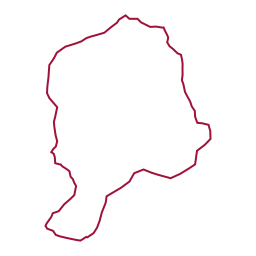 outline of Marathounta, Paphos, Cyprus
{"feature_id": "46923920B14546708520398", "entity_name": "Marathounta", "entity_type": "district", "adm_level": 2, "iso_a3": "CYP", "parent_name": "Cyprus", "parent_adm1": "Paphos", "projection": "orthographic", "projection_center": [32.495, 34.776], "detail": "fine", "context": "isolated", "style": "outline", "palette": "rose", "viewbox_px": 256, "rotation_deg": 0, "n_neighbors": 0, "source": "geoboundaries", "source_scale": "gbopen_adm2", "svg_char_len": 1352}
<svg xmlns="http://www.w3.org/2000/svg" viewBox="0 0 256 256"><path d="M87.4,237.3L93.6,233.1L97.1,227.6L99.7,220.6L101.8,212.5L105.7,202.7L106.6,196.3L116.2,190.6L120.5,188.1L129.4,181.6L134.2,173.2L143.5,169.5L151.5,172.7L157.8,174.7L170.6,178.2L179.9,174.0L188.6,168.7L195.1,164.4L196.0,158.1L197.0,150.8L204.7,144.9L208.2,141.3L210.5,138.9L210.3,132.7L210.3,131.1L208.5,124.8L202.3,123.3L197.3,122.8L195.1,116.7L194.8,110.9L191.7,106.3L190.2,101.6L186.9,95.6L185.0,91.9L183.4,84.3L181.9,80.1L182.6,74.9L182.5,69.5L182.6,63.5L181.9,58.9L181.0,54.8L177.5,53.3L172.9,48.9L169.5,46.2L167.2,42.3L168.2,38.0L167.6,35.9L164.8,30.4L163.6,27.5L162.4,27.6L156.0,26.6L150.2,26.9L140.9,22.3L137.5,18.8L129.4,18.8L125.6,15.4L119.1,19.5L116.9,22.8L111.4,26.9L104.4,32.7L96.6,35.0L90.7,36.6L86.4,38.1L81.3,41.4L75.9,43.4L65.3,46.7L56.8,52.7L54.1,58.0L49.3,65.1L48.5,77.0L47.4,86.2L47.0,93.1L49.5,98.3L57.2,107.2L55.4,115.8L53.9,122.0L54.3,126.6L55.6,135.2L57.2,141.3L55.8,146.6L53.3,149.0L51.3,152.1L53.7,153.8L54.8,157.2L55.2,163.2L61.0,164.7L62.0,166.1L66.6,169.1L69.4,171.2L70.6,176.7L72.9,179.2L74.1,182.5L76.1,186.0L74.3,195.1L69.9,199.4L64.3,204.2L58.7,211.2L52.8,213.2L51.3,216.9L46.5,223.7L45.5,226.0L47.3,228.7L53.0,230.8L55.8,234.9L60.1,236.4L66.9,238.0L75.6,239.8L80.4,240.6L86.3,236.9L87.4,237.3Z" fill="none" stroke="#9f1239" stroke-width="2"/></svg>